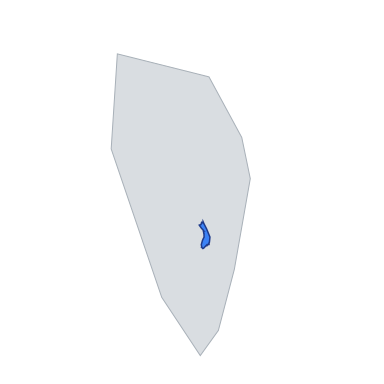 Bexon, Castries, Saint Lucia shown in context, rotated 159°
{"feature_id": "8701671B76266155523948", "entity_name": "Bexon", "entity_type": "district", "adm_level": 2, "iso_a3": "LCA", "parent_name": "Saint Lucia", "parent_adm1": "Castries", "projection": "natural_earth1", "projection_center": [-60.975, 13.959], "detail": "fine", "context": "in_parent", "style": "filled", "palette": "blue", "viewbox_px": 384, "rotation_deg": 159, "n_neighbors": 0, "source": "geoboundaries", "source_scale": "gbopen_adm2", "svg_char_len": 1347}
<svg xmlns="http://www.w3.org/2000/svg" viewBox="0 0 384 384"><g transform="rotate(159 192 192)"><path d="M252.0,261.2L212.2,347.7L134.9,293.4L126.0,225.1L132.8,183.6L180.2,104.6L217.0,53.3L242.9,36.3L258.0,104.5L252.0,261.2Z" fill="#d9dde1" stroke="#a8b0b8" stroke-width="1"/><path d="M202.3,135.7L202.2,135.8L202.1,135.7L202.0,135.4L201.8,135.3L201.6,135.4L201.2,135.4L201.0,135.5L197.7,137.1L197.5,136.9L197.5,136.7L197.4,136.5L197.2,136.5L197.0,136.9L197.0,137.1L196.8,137.5L196.6,137.6L196.4,137.5L196.0,137.3L196.0,137.2L195.9,137.0L195.7,137.0L195.3,137.1L195.0,136.9L194.8,137.1L194.7,137.2L194.7,137.3L194.7,137.5L194.7,137.9L194.7,138.1L194.5,138.3L194.2,138.3L194.0,138.5L193.8,139.0L193.6,139.1L193.5,139.4L193.4,139.5L191.4,143.5L191.6,152.4L192.2,158.1L192.3,160.5L193.0,159.2L193.9,160.2L195.3,158.4L197.1,158.5L197.1,158.4L196.0,154.1L195.6,153.7L195.3,152.8L195.3,152.7L195.2,152.6L195.2,152.4L195.2,152.2L195.3,152.1L195.3,151.9L195.4,151.7L195.2,151.5L195.2,151.4L195.0,151.2L195.3,151.2L195.4,150.9L195.4,150.7L195.5,150.6L195.5,150.4L195.6,150.2L195.6,149.9L195.7,149.7L195.6,149.4L195.6,149.2L195.8,149.1L195.8,148.9L195.9,148.7L195.9,148.4L195.9,148.2L196.0,148.1L196.5,146.7L196.9,145.5L198.0,144.6L199.6,143.0L202.2,139.5L202.7,136.8L202.8,136.8L202.3,135.7Z" fill="#3b82f6" stroke="#1e3a8a" stroke-width="1.5"/></g></svg>